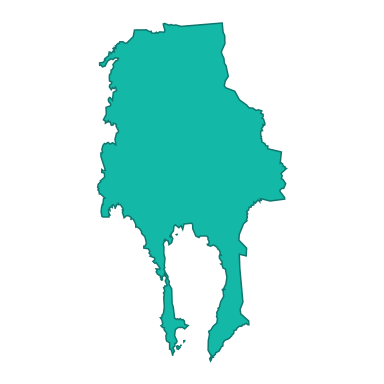 outline of Rizal, Rizal, Philippines
{"feature_id": "2640588B36426397400836", "entity_name": "Rizal", "entity_type": "district", "adm_level": 2, "iso_a3": "PHL", "parent_name": "Philippines", "parent_adm1": "Rizal", "projection": "robinson", "projection_center": [121.216, 14.557], "detail": "fine", "context": "isolated", "style": "filled", "palette": "teal", "viewbox_px": 384, "rotation_deg": 0, "n_neighbors": 0, "source": "geoboundaries", "source_scale": "gbopen_adm2", "svg_char_len": 6037}
<svg xmlns="http://www.w3.org/2000/svg" viewBox="0 0 384 384"><path d="M99.6,62.9L99.7,65.3L100.9,65.1L102.5,66.9L105.0,66.1L107.6,61.1L111.1,58.7L112.9,59.6L115.2,57.8L118.4,58.3L117.5,60.5L115.8,60.8L112.9,64.7L113.7,66.8L112.1,69.8L111.2,69.9L110.9,73.2L109.5,74.8L109.3,76.9L109.5,81.0L111.8,81.9L111.4,83.7L109.7,85.0L109.4,87.0L111.3,89.7L112.5,87.7L114.0,88.7L115.5,87.1L116.6,90.6L113.3,92.3L112.5,100.4L110.3,97.7L109.4,97.5L108.3,99.3L108.6,101.5L110.7,104.0L110.5,105.8L106.0,107.4L106.3,114.2L103.4,119.8L105.5,121.3L105.4,123.2L106.1,122.8L106.1,121.4L107.3,122.1L108.3,120.7L108.9,122.0L110.1,121.7L111.3,125.3L113.1,125.0L113.5,123.1L116.3,124.4L116.1,126.3L118.4,130.6L118.2,132.5L116.5,133.2L115.0,139.3L115.8,144.8L112.5,142.7L110.2,144.1L108.1,142.4L105.7,143.9L104.4,143.5L102.8,145.8L101.9,149.4L102.5,152.7L100.8,153.1L101.0,156.7L105.4,170.3L103.4,170.7L101.8,169.5L101.7,172.4L104.4,173.1L104.6,177.2L100.3,180.9L100.8,181.6L98.2,184.3L97.6,187.5L98.8,188.5L97.9,189.9L98.9,190.8L99.4,194.0L100.4,193.8L105.0,198.1L103.5,198.6L102.9,204.6L102.3,204.4L101.6,206.9L101.1,211.6L101.9,216.4L103.0,217.0L109.0,217.0L109.0,214.6L110.3,215.7L108.8,212.8L108.5,209.6L109.1,209.1L109.9,210.0L109.6,207.7L111.0,206.7L112.2,207.4L112.1,205.2L113.4,204.8L115.2,207.4L115.0,208.8L116.8,204.4L117.9,204.6L118.3,203.7L118.6,204.6L120.5,204.7L122.9,208.4L123.1,209.7L122.4,210.0L123.2,210.6L122.4,212.1L124.1,217.8L126.2,215.9L128.2,215.6L131.3,217.5L130.8,219.9L131.8,218.5L133.4,219.4L135.7,224.1L135.8,227.1L137.2,227.0L139.7,228.8L141.5,231.5L141.6,233.4L144.9,236.7L146.4,243.1L145.1,246.0L143.8,246.2L143.8,248.1L148.4,248.8L149.8,251.4L149.0,253.0L150.9,255.2L150.0,256.2L154.6,257.8L154.7,260.0L152.9,261.4L155.0,263.3L156.1,262.6L159.9,267.9L159.8,269.1L156.1,268.9L157.1,270.5L156.2,271.8L157.3,273.9L160.6,276.2L160.5,277.8L161.9,278.7L161.0,279.4L161.6,280.2L162.5,279.8L162.2,276.7L164.0,275.7L164.8,273.0L164.9,271.0L163.7,269.0L164.9,267.6L164.2,266.2L165.0,258.3L163.8,253.4L163.9,247.0L163.3,244.9L163.8,242.2L165.4,240.8L164.3,240.5L164.9,239.3L168.3,241.1L169.0,244.7L171.6,242.7L172.8,238.6L171.9,237.1L170.1,237.0L169.9,235.7L170.4,235.2L171.9,236.8L171.0,235.5L171.1,234.0L173.4,230.9L173.9,226.4L175.3,224.8L178.9,227.7L181.0,225.6L182.7,229.4L184.0,224.0L191.7,223.2L192.6,224.5L192.8,228.9L195.9,236.1L199.0,237.5L200.2,236.0L206.8,236.0L208.2,237.8L207.9,239.1L209.3,242.1L208.6,244.0L207.3,244.3L207.7,245.1L210.5,246.2L213.4,244.9L216.8,247.0L218.1,249.4L219.4,250.1L220.3,253.1L219.9,254.5L222.1,255.7L219.8,254.6L219.3,256.2L219.5,258.3L222.2,262.1L222.1,263.5L220.8,264.0L222.2,265.1L223.0,268.0L225.4,269.1L226.9,277.2L225.9,284.0L223.8,288.4L224.6,289.2L222.4,289.4L222.4,290.0L224.1,290.5L223.0,290.5L223.7,296.4L220.7,301.7L219.2,307.7L218.0,308.3L218.5,309.4L216.7,312.5L217.1,314.7L216.5,316.6L217.5,318.4L216.8,323.0L213.3,326.1L210.8,330.1L208.7,331.3L209.5,334.6L208.3,340.5L208.1,350.2L210.7,355.0L212.5,356.2L214.0,355.7L215.4,354.3L215.6,352.9L219.1,351.0L221.4,346.8L222.9,345.9L222.9,343.2L224.5,340.5L228.9,338.6L231.9,335.7L232.2,334.4L233.6,333.8L234.0,330.7L236.4,329.8L236.8,328.3L239.3,326.3L241.8,326.2L242.5,324.8L243.8,324.9L245.3,323.6L246.2,323.5L247.7,324.6L248.3,324.8L248.9,324.8L248.6,320.9L240.8,313.9L240.1,309.4L242.9,302.2L239.8,268.0L239.3,254.2L246.2,255.9L246.6,248.1L238.9,240.2L239.2,234.6L243.6,223.7L247.0,220.7L246.3,219.9L247.4,217.6L246.9,214.6L247.7,213.9L246.6,211.4L248.5,210.1L249.2,207.2L251.1,207.1L251.3,205.5L253.8,204.9L253.9,202.0L255.4,203.1L258.0,199.9L259.5,201.5L259.3,200.6L261.0,200.4L260.5,199.1L261.4,199.6L261.5,198.8L270.1,201.0L284.7,199.1L284.5,197.4L280.1,191.6L279.9,190.2L281.8,188.4L283.7,188.4L285.7,183.7L282.9,179.5L281.3,178.7L282.2,176.0L281.1,173.4L286.4,168.5L285.3,168.3L284.9,166.6L283.3,166.4L282.6,164.0L281.1,162.7L280.2,163.2L281.4,152.0L267.6,148.7L267.9,146.1L265.8,145.7L264.9,143.7L261.8,141.8L261.7,138.8L260.8,138.0L261.5,136.7L260.7,135.4L260.7,131.2L262.5,130.6L261.5,128.6L263.3,126.2L262.8,124.6L264.6,125.1L265.0,123.8L263.5,119.0L261.9,118.2L263.1,116.7L263.1,114.3L260.7,113.4L261.8,110.9L258.4,109.8L256.0,110.4L253.0,108.2L248.9,107.8L246.7,105.1L239.4,99.8L234.7,91.2L226.0,87.9L224.3,86.0L225.2,81.1L228.3,76.3L226.0,65.7L224.4,63.3L223.9,58.4L221.6,53.5L221.5,51.3L224.9,43.7L224.7,35.6L223.1,32.3L222.2,23.0L181.1,26.4L175.9,25.0L173.0,25.3L171.0,24.5L169.2,25.2L164.5,23.4L163.2,24.0L164.9,30.5L164.2,32.2L159.5,31.9L157.4,33.3L156.4,32.2L154.7,33.3L151.5,33.0L151.2,31.3L149.0,31.5L146.6,29.9L134.5,30.0L133.2,36.7L126.7,43.1L125.2,43.3L122.8,41.7L119.7,41.9L119.4,43.4L118.3,43.3L116.7,44.6L116.1,46.4L115.5,46.1L115.9,48.2L114.4,47.6L114.5,49.4L113.7,48.1L113.0,48.5L114.4,50.7L114.2,51.8L113.0,51.2L111.1,53.6L110.2,52.1L109.2,52.0L108.6,55.8L105.0,58.5L104.5,59.3L105.2,59.9L103.3,62.3L99.6,62.9ZM171.7,288.9L168.9,284.1L169.4,281.6L167.8,279.0L168.0,276.6L166.0,273.4L165.4,276.3L166.7,277.6L165.3,281.0L167.1,285.0L166.7,286.0L164.7,286.0L164.5,287.2L163.6,287.6L164.7,290.4L164.6,292.1L163.7,292.4L163.5,293.4L164.4,294.4L163.7,297.4L164.3,306.8L163.4,313.6L162.1,315.0L161.8,317.5L160.4,317.7L161.9,320.0L162.7,323.5L162.5,324.7L160.9,325.7L162.7,327.6L164.4,327.7L164.1,329.8L166.8,333.3L165.9,335.8L166.2,339.7L166.9,341.2L169.6,342.8L169.6,349.1L170.7,349.2L171.8,351.6L172.7,355.7L173.1,353.1L174.5,351.2L172.9,347.9L174.8,346.0L174.9,343.6L176.4,342.9L177.1,341.2L174.6,335.7L175.3,329.8L178.0,327.5L182.6,327.4L184.7,328.9L188.2,325.5L184.8,324.4L184.2,320.8L183.0,319.6L181.8,319.9L180.1,318.6L179.0,319.7L177.5,318.7L176.5,319.4L174.6,318.1L173.2,306.8L172.1,303.6L171.7,288.9ZM180.1,347.3L177.7,345.8L176.6,346.3L177.1,348.9L178.4,349.3L180.1,347.3ZM210.5,361.0L211.4,359.7L210.9,356.7L209.7,358.6L210.5,361.0ZM213.0,357.4L211.8,357.0L211.8,358.0L213.0,357.4ZM183.9,341.9L184.6,341.2L184.7,340.6L183.8,340.7L183.9,341.9ZM176.7,234.9L177.6,234.0L176.3,234.6L176.7,234.9ZM180.6,345.7L181.1,345.5L181.2,344.7L180.6,345.7Z" fill="#14b8a6" stroke="#0f766e" stroke-width="1.5"/></svg>